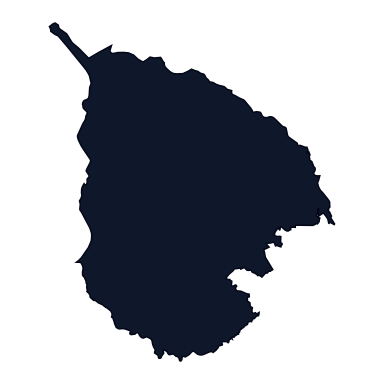 outline of Ngoc Lac, Thanh Hóa, Vietnam
{"feature_id": "81297802B82512093072214", "entity_name": "Ngoc Lac", "entity_type": "district", "adm_level": 2, "iso_a3": "VNM", "parent_name": "Vietnam", "parent_adm1": "Thanh Hóa", "projection": "albers", "projection_center": [105.393, 20.068], "detail": "fine", "context": "isolated", "style": "filled", "palette": "ink", "viewbox_px": 384, "rotation_deg": 0, "n_neighbors": 0, "source": "geoboundaries", "source_scale": "gbopen_adm2", "svg_char_len": 5946}
<svg xmlns="http://www.w3.org/2000/svg" viewBox="0 0 384 384"><path d="M50.8,31.4L55.0,34.4L58.2,35.9L67.5,46.9L83.5,66.6L86.3,70.2L88.6,74.0L89.6,76.2L91.2,83.5L89.7,87.4L89.2,95.4L88.8,97.3L88.2,98.6L86.4,99.7L84.4,100.4L83.5,101.2L82.7,103.0L82.5,104.3L82.9,105.3L83.1,107.6L84.1,109.1L85.8,110.6L87.5,112.8L85.9,116.2L85.6,118.6L84.7,120.8L82.9,123.7L77.6,135.4L77.5,136.8L78.3,139.8L81.0,145.4L83.3,149.1L90.4,159.6L90.6,160.7L90.4,162.0L86.7,169.3L86.2,171.0L89.0,175.4L89.2,176.4L88.3,177.7L87.3,178.7L87.1,179.4L87.2,182.5L86.2,184.9L85.3,184.9L84.6,184.6L84.1,183.7L83.5,184.6L82.1,187.4L81.6,189.7L81.5,192.9L81.9,195.4L81.1,198.2L79.5,200.9L80.3,204.1L79.8,208.9L80.0,210.0L81.6,212.3L89.9,228.0L91.5,233.0L91.7,235.1L91.5,239.1L91.2,241.1L88.4,247.6L81.4,257.7L78.8,260.4L76.4,262.2L79.6,262.3L80.6,262.5L81.3,263.2L82.7,266.1L83.1,268.6L82.5,272.1L82.6,274.8L82.9,275.8L84.4,277.4L86.2,281.6L86.1,282.9L87.0,284.5L86.7,287.2L87.3,290.6L86.9,291.5L88.5,293.0L89.9,294.8L90.2,297.3L93.3,300.1L93.6,300.4L95.1,300.3L99.2,303.4L100.1,303.5L101.5,304.4L102.3,304.5L103.6,305.7L105.6,307.2L106.8,307.8L110.7,310.9L111.2,311.7L112.2,314.1L111.6,317.1L113.0,318.1L113.4,319.6L114.4,322.3L114.5,323.4L116.3,327.5L118.9,328.9L122.8,328.6L125.3,329.0L129.3,330.5L130.9,331.4L130.1,332.5L129.8,333.3L130.1,334.1L130.6,334.4L131.5,334.6L135.0,334.1L136.4,332.8L137.2,332.6L137.9,332.8L138.4,333.2L140.1,336.2L141.5,337.5L142.7,338.0L143.7,338.0L146.1,336.9L147.0,336.9L150.7,338.7L151.7,340.1L152.1,341.1L152.6,344.1L153.5,346.7L155.4,350.2L154.6,351.9L154.6,353.0L157.7,355.0L158.1,355.6L158.6,357.9L159.0,358.3L160.5,358.2L161.0,357.6L161.8,355.8L163.6,353.5L163.6,352.3L163.1,350.2L163.7,349.6L166.4,351.2L167.5,352.4L167.7,353.0L168.6,354.4L169.9,354.7L172.3,354.0L173.7,354.2L176.0,356.3L176.9,356.4L178.2,357.1L179.1,358.6L179.6,360.6L180.3,361.0L180.9,361.0L181.8,359.8L182.1,357.3L182.6,356.5L183.2,356.3L185.1,356.9L185.6,356.8L189.1,354.6L191.9,351.7L193.1,351.0L193.6,351.1L197.5,354.1L199.4,354.8L200.9,355.0L203.3,354.6L209.4,351.9L211.1,351.6L212.2,351.8L213.2,352.4L215.9,350.3L218.0,347.8L218.8,345.9L222.1,345.1L222.4,344.7L221.6,341.6L227.2,341.7L228.0,342.7L228.5,342.6L229.4,339.6L230.3,339.2L230.7,338.2L231.0,338.2L232.1,339.0L231.7,337.8L232.1,337.2L234.1,337.1L234.5,336.8L235.3,335.5L236.6,335.0L237.4,334.1L238.3,334.2L238.0,333.2L238.6,333.3L239.1,332.4L239.6,331.9L240.3,329.2L240.8,328.9L241.5,329.1L242.1,328.2L243.6,327.5L244.0,327.0L244.3,325.9L245.7,325.6L246.6,324.5L247.4,324.5L247.7,323.8L247.9,322.5L248.3,322.0L250.2,321.4L251.6,321.7L251.9,320.4L252.7,319.8L252.7,319.3L252.2,318.5L254.4,318.5L256.5,316.1L258.5,315.7L258.9,314.4L259.1,312.5L257.0,313.8L256.5,313.8L255.4,312.7L254.0,313.2L252.8,313.2L252.1,312.3L251.9,310.5L252.4,307.7L251.9,307.3L250.9,306.9L250.2,306.1L249.9,302.7L247.4,301.1L247.4,297.8L248.0,297.0L249.0,297.0L249.3,296.8L249.1,294.1L246.9,293.8L240.8,291.2L237.4,290.9L236.6,290.6L236.0,289.7L235.5,288.3L235.4,287.9L236.7,286.2L236.1,285.2L235.3,285.0L233.2,286.1L232.0,286.0L231.4,285.2L231.8,281.2L230.3,280.4L229.8,279.5L228.0,279.5L225.9,278.5L225.9,278.2L228.9,274.3L232.8,271.0L234.4,268.9L240.5,268.1L240.8,269.1L244.1,267.6L244.8,268.0L246.8,270.1L248.2,270.4L250.7,270.2L251.6,271.0L252.0,271.9L252.8,272.5L254.4,273.0L257.0,274.5L257.6,275.6L258.0,275.6L258.6,274.8L261.9,277.1L266.1,272.5L266.5,273.1L267.5,272.9L268.6,271.4L269.1,271.2L270.1,271.3L272.8,269.6L265.3,257.2L264.6,253.0L263.8,249.7L269.1,247.1L267.4,245.3L266.4,243.7L267.9,243.2L270.9,243.0L272.2,242.4L274.2,242.5L275.5,245.9L277.0,245.4L278.3,246.1L280.9,246.9L281.2,245.8L282.2,244.1L281.9,243.4L280.8,242.7L280.6,242.3L280.8,236.6L279.9,236.3L277.6,236.5L276.3,236.3L274.8,235.5L274.5,234.7L274.5,233.7L275.0,232.8L274.9,232.3L276.8,229.8L277.9,227.8L278.9,229.2L279.7,229.9L280.1,229.5L280.1,227.6L281.9,226.9L282.9,228.2L285.1,230.1L287.0,231.0L288.3,231.0L290.3,229.6L290.7,229.7L290.8,227.2L295.3,227.3L295.4,225.2L313.0,225.4L316.5,223.6L317.4,223.9L319.1,221.7L319.3,219.8L319.8,218.1L318.4,217.3L316.7,215.9L316.4,215.4L317.4,213.6L317.4,212.0L318.1,211.5L317.8,210.6L317.9,210.4L317.9,209.3L318.3,208.6L318.7,208.6L318.4,214.7L318.7,215.9L318.8,216.0L323.4,212.9L326.7,217.2L327.9,219.3L328.7,223.2L329.0,223.4L329.9,222.4L330.3,222.4L334.2,224.6L334.6,223.9L330.7,217.7L331.5,216.2L330.0,212.9L329.5,211.9L327.6,209.9L328.6,209.3L328.4,209.0L328.6,208.5L329.7,207.3L329.9,206.0L329.6,204.4L329.7,202.3L329.3,201.3L327.8,199.1L322.6,192.6L320.4,190.3L318.6,187.0L317.5,182.9L318.6,180.2L319.8,175.8L317.3,175.9L316.0,175.7L315.1,175.4L313.9,174.3L313.6,173.1L314.9,170.7L315.2,168.9L315.1,168.1L313.3,165.9L313.1,164.6L312.3,163.1L311.9,161.7L309.6,159.9L309.7,158.3L309.1,156.5L309.9,155.3L309.8,154.3L308.8,151.9L307.5,153.3L307.1,153.0L307.9,150.9L307.8,149.5L306.9,147.2L305.0,147.2L300.6,145.5L297.3,145.3L297.3,143.3L288.8,137.2L287.9,136.1L287.4,134.7L286.2,128.7L285.6,127.5L283.1,126.6L282.0,125.9L274.2,118.2L272.2,117.0L270.9,116.8L269.8,116.7L267.5,117.5L265.0,117.6L263.8,117.2L262.1,115.9L261.5,114.2L260.5,112.5L259.9,112.2L256.7,111.7L252.8,112.4L252.3,110.7L250.9,108.4L244.4,100.5L243.4,99.8L238.9,97.8L235.8,96.0L232.6,94.5L231.8,93.6L231.5,92.7L231.7,90.6L227.4,89.5L225.2,87.5L224.3,86.8L222.7,86.2L219.4,85.5L216.3,84.4L212.8,82.4L210.2,82.1L208.9,80.9L208.1,79.7L206.0,77.8L204.7,75.2L203.8,74.2L200.4,73.2L197.7,71.3L195.2,70.7L191.5,69.2L188.2,71.2L183.0,73.6L176.7,73.9L174.1,73.6L172.6,73.2L169.9,71.6L166.0,68.0L164.5,65.8L164.2,63.4L164.3,62.7L163.4,62.1L161.0,57.9L160.5,57.4L154.4,58.0L150.0,57.1L146.9,59.6L143.4,61.8L142.7,61.9L138.0,59.2L133.5,55.0L128.5,52.9L123.2,52.4L120.3,52.5L117.3,52.6L114.9,53.2L111.8,53.5L110.1,51.7L109.8,51.0L111.5,45.5L98.8,52.4L88.7,58.3L78.6,48.1L73.2,43.6L71.7,42.0L66.7,33.9L59.7,28.9L58.8,27.8L58.3,25.1L55.1,23.0L52.9,23.9L49.4,26.6L50.0,27.7L50.7,29.7L50.8,31.4Z" fill="#0f172a" stroke="#020617" stroke-width="1.5"/></svg>